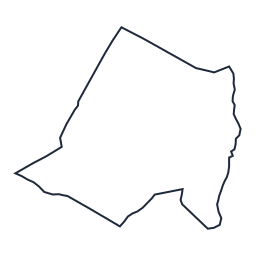 the district of Pedrão, Bahia, Brazil
{"feature_id": "56859067B19486192876927", "entity_name": "Pedrão", "entity_type": "district", "adm_level": 2, "iso_a3": "BRA", "parent_name": "Brazil", "parent_adm1": "Bahia", "projection": "mercator", "projection_center": [-38.628, -12.125], "detail": "fine", "context": "isolated", "style": "outline", "palette": "slate", "viewbox_px": 256, "rotation_deg": 0, "n_neighbors": 0, "source": "geoboundaries", "source_scale": "gbopen_adm2", "svg_char_len": 1005}
<svg xmlns="http://www.w3.org/2000/svg" viewBox="0 0 256 256"><path d="M229.1,66.5L214.2,72.4L205.6,70.3L196.0,68.1L143.7,38.8L121.4,27.3L112.5,40.7L104.9,53.4L78.3,101.3L78.0,105.6L74.9,109.6L66.4,124.2L60.1,137.8L61.7,146.9L46.4,156.2L39.2,160.0L33.9,162.7L15.4,173.3L21.9,176.2L27.7,179.6L33.5,182.2L38.9,186.4L44.3,192.0L52.8,194.5L58.8,194.2L63.0,195.2L67.5,196.0L90.5,209.1L119.9,226.4L124.4,221.3L127.9,216.5L132.4,213.5L137.5,211.4L142.6,207.8L147.0,203.3L151.5,198.7L154.7,194.6L182.6,189.1L181.7,195.1L180.6,200.0L182.2,204.3L207.8,228.7L213.9,227.8L219.7,224.9L221.3,218.2L218.6,211.8L217.1,204.3L218.3,200.2L219.1,196.2L221.3,190.0L223.0,184.9L224.7,181.1L226.8,177.2L228.3,172.4L229.1,166.4L229.1,162.2L229.1,157.6L232.8,155.8L231.1,151.5L234.4,149.4L235.6,144.4L235.9,138.7L239.3,135.3L240.6,128.9L238.2,123.1L235.9,118.9L233.7,114.1L234.1,109.6L234.7,105.1L232.6,101.2L232.9,96.0L234.8,89.6L233.6,83.4L233.9,78.5L233.4,73.6L229.1,66.5Z" fill="none" stroke="#1e293b" stroke-width="2"/></svg>